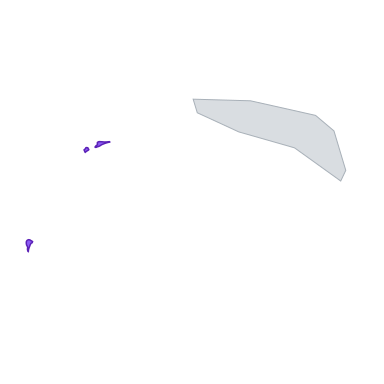 Amatuku, Tuvalu shown in context, rotated 293°
{"feature_id": "33948139B56482172223840", "entity_name": "Amatuku", "entity_type": "district", "adm_level": 2, "iso_a3": "TUV", "parent_name": "Tuvalu", "parent_adm1": "", "projection": "albers", "projection_center": [179.158, -8.434], "detail": "fine", "context": "in_parent", "style": "filled", "palette": "violet", "viewbox_px": 384, "rotation_deg": 293, "n_neighbors": 0, "source": "geoboundaries", "source_scale": "gbopen_adm2", "svg_char_len": 1654}
<svg xmlns="http://www.w3.org/2000/svg" viewBox="0 0 384 384"><g transform="rotate(293 192 192)"><path d="M303.7,298.8L272.0,325.1L260.2,324.6L272.7,269.1L265.6,211.6L267.0,165.9L277.9,156.8L298.8,210.2L310.8,275.8L303.7,298.8Z" fill="#d9dde1" stroke="#a8b0b8" stroke-width="1"/><path d="M83.9,59.8L83.2,59.2L82.6,59.0L81.7,58.9L80.4,59.3L79.2,60.0L78.5,60.5L78.2,61.0L77.7,61.5L77.1,62.1L76.6,62.5L75.2,62.8L74.5,63.2L73.4,64.0L73.2,64.5L73.8,64.5L74.6,64.1L75.6,64.0L77.1,63.8L78.2,63.8L80.0,63.7L81.4,63.8L82.1,64.0L82.5,64.5L83.1,64.7L84.1,64.6L84.3,63.5L84.4,62.3L84.6,61.6L84.4,60.7L84.2,60.1L83.9,59.8ZM195.4,85.3L195.3,85.5L195.4,85.8L195.6,86.1L195.7,86.4L195.9,86.6L196.1,86.7L196.2,86.8L196.4,87.0L196.6,87.2L196.9,87.7L197.3,88.0L197.7,88.5L198.0,88.8L198.4,89.1L198.9,89.5L199.2,89.7L199.5,89.9L199.9,90.1L200.4,90.5L202.8,92.9L204.4,94.8L204.6,95.1L204.8,95.4L205.0,95.6L205.3,95.9L205.5,96.3L205.6,96.6L205.8,96.8L206.0,96.7L206.1,96.4L205.8,95.8L204.6,93.6L204.1,92.5L203.8,91.8L203.5,90.9L203.2,89.9L202.5,87.9L202.4,87.6L202.3,87.4L202.1,86.8L201.9,86.6L201.8,86.4L201.5,86.2L201.3,86.0L201.1,85.8L200.9,85.7L200.7,85.6L200.4,85.6L200.0,85.8L199.9,85.9L199.7,86.0L199.4,86.0L199.0,86.3L198.7,86.4L198.4,86.4L198.2,86.4L198.0,86.2L197.9,86.1L197.7,85.9L197.3,85.7L197.0,85.6L196.5,85.4L196.4,85.4L195.9,85.2L195.7,85.2L195.4,85.3ZM188.4,76.4L188.1,76.6L187.8,77.0L187.5,77.3L187.0,77.8L186.8,78.2L187.4,78.5L187.9,78.8L188.7,79.3L189.4,79.8L189.8,80.1L190.3,80.4L190.8,80.4L191.4,79.5L192.0,78.8L191.8,77.8L191.5,77.2L191.2,77.0L190.6,77.0L189.6,76.7L188.6,76.2L188.4,76.4Z" fill="#8b5cf6" stroke="#5b21b6" stroke-width="1.5"/></g></svg>